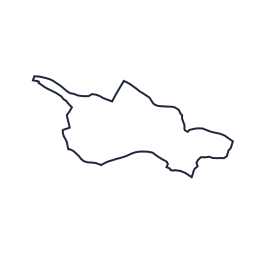 Aflah Al Yaman, Hajjah, Yemen (Equal Earth projection), rotated 286°
{"feature_id": "15242507B79499976279542", "entity_name": "Aflah Al Yaman", "entity_type": "district", "adm_level": 2, "iso_a3": "YEM", "parent_name": "Yemen", "parent_adm1": "Hajjah", "projection": "equal_earth", "projection_center": [43.407, 15.98], "detail": "fine", "context": "isolated", "style": "outline", "palette": "slate", "viewbox_px": 256, "rotation_deg": 286, "n_neighbors": 0, "source": "geoboundaries", "source_scale": "gbopen_adm2", "svg_char_len": 3657}
<svg xmlns="http://www.w3.org/2000/svg" viewBox="0 0 256 256"><g transform="rotate(286 128 128)"><path d="M151.9,23.7L147.6,23.5L148.1,27.9L148.1,29.2L147.9,29.6L147.6,29.7L147.1,29.4L146.7,29.5L145.7,32.8L145.2,34.1L144.4,36.4L143.5,40.1L142.9,43.8L142.1,47.8L142.1,48.1L141.7,49.8L141.2,51.4L140.0,55.2L137.9,58.1L137.1,61.1L135.3,63.4L132.4,68.4L127.5,67.1L123.8,65.7L123.0,65.8L113.4,71.3L112.3,71.9L108.1,65.9L107.3,66.1L105.1,66.8L102.3,68.6L99.8,71.2L97.3,73.3L94.2,74.8L91.4,76.3L91.0,76.6L91.6,78.0L90.8,81.9L89.2,85.2L87.5,88.5L86.8,89.5L85.4,91.3L83.9,94.8L83.9,98.7L84.8,102.8L85.1,104.5L85.4,106.9L85.2,110.9L84.9,112.3L85.4,112.7L85.6,113.0L86.1,113.4L86.5,113.8L86.8,114.2L87.3,114.7L87.6,115.1L88.0,115.5L88.6,116.1L89.1,116.6L89.5,117.1L89.9,117.7L90.3,118.2L90.6,118.6L90.9,118.9L91.1,119.3L91.4,119.8L91.8,120.4L92.3,121.2L92.5,121.6L92.9,122.1L93.1,122.4L93.3,122.7L93.5,123.1L93.8,123.5L94.0,123.9L94.3,124.3L94.8,124.8L95.1,125.3L95.3,125.7L95.8,126.6L96.2,127.3L96.5,127.9L96.9,128.4L97.2,129.0L97.7,129.8L98.1,130.4L98.5,131.0L98.7,131.4L99.0,131.8L99.6,132.6L99.9,133.1L100.1,133.5L100.6,134.0L101.0,134.5L101.4,135.0L101.6,135.3L101.9,135.6L102.5,136.3L102.8,136.7L103.3,137.2L103.8,137.9L104.1,138.1L104.4,138.6L104.6,138.9L105.1,139.4L105.3,139.8L105.9,140.6L106.2,141.1L106.4,141.4L106.6,141.7L106.8,142.0L107.0,142.4L107.2,142.9L107.5,143.4L107.7,144.0L107.9,144.3L108.2,144.9L108.4,145.3L108.5,145.7L108.7,146.2L108.8,146.6L109.0,147.2L109.3,148.2L109.6,149.2L109.8,150.1L110.0,150.7L110.3,152.1L110.4,152.7L110.6,153.1L110.7,154.1L110.8,154.8L110.9,155.6L110.9,156.3L111.0,157.0L111.0,157.3L111.0,157.9L111.0,158.6L110.9,159.0L110.8,159.3L110.6,159.8L110.1,160.9L109.8,161.7L109.5,162.5L109.3,163.3L109.0,163.9L108.8,164.6L108.6,165.3L108.3,166.0L108.3,166.7L108.0,167.2L107.9,167.6L107.7,168.4L107.6,168.8L107.4,169.5L107.2,170.3L107.1,170.9L107.0,171.4L107.0,171.8L106.8,172.5L106.6,173.1L106.5,173.5L106.3,174.1L106.2,174.6L105.9,174.9L105.5,175.1L105.2,175.3L104.4,176.3L101.0,175.8L100.6,179.2L100.3,179.3L100.0,179.8L99.8,180.2L99.2,180.6L99.5,182.3L99.5,182.9L99.5,183.4L99.6,183.6L100.5,184.8L100.5,186.4L100.7,186.9L100.9,187.7L100.9,188.2L101.0,188.8L101.0,189.6L101.2,189.9L101.2,190.4L101.2,191.1L100.8,192.4L100.9,193.8L100.7,194.4L100.6,195.1L100.4,195.6L100.4,196.1L100.3,196.5L100.1,196.9L100.0,197.3L99.8,197.9L99.7,198.4L99.5,198.9L99.3,199.3L99.2,199.8L98.9,200.6L98.9,201.1L98.7,201.6L98.6,202.1L98.5,202.5L97.4,202.8L100.6,202.9L101.1,202.9L104.1,202.9L107.1,203.3L110.4,205.5L113.3,203.4L115.9,204.0L116.3,204.0L120.0,206.1L121.1,210.3L122.5,213.4L122.8,213.9L122.5,217.3L123.4,221.4L124.7,225.5L125.5,228.6L127.8,230.5L128.1,230.8L131.2,230.8L134.2,230.8L137.0,232.3L140.2,232.4L143.2,232.5L144.1,232.5L145.7,227.7L147.2,223.6L147.3,223.1L147.7,220.2L147.8,216.4L147.4,211.7L147.3,208.7L147.5,205.7L148.1,199.5L147.9,199.1L147.0,195.4L145.6,192.1L143.1,187.6L140.8,186.5L141.6,183.2L142.6,182.5L143.5,182.3L146.1,181.6L152.1,177.3L153.9,176.8L155.2,176.5L155.9,174.9L159.4,171.8L160.7,167.5L160.6,164.6L160.2,163.0L159.3,159.4L159.2,159.0L157.6,151.5L157.6,148.1L158.5,145.6L160.1,143.7L160.7,143.0L163.1,140.3L164.3,136.6L165.5,132.7L165.8,131.6L166.4,129.1L168.0,125.6L169.2,122.1L170.3,119.3L170.6,118.5L171.5,114.7L172.1,111.0L167.1,109.7L157.1,107.1L149.1,105.4L149.3,104.0L149.6,99.9L149.9,96.1L150.9,92.2L151.2,88.0L150.7,84.2L147.8,81.3L146.8,78.3L145.9,74.5L145.5,70.7L145.9,66.6L145.5,62.8L146.6,59.0L146.7,58.7L148.4,55.0L148.9,53.9L149.9,51.7L151.1,47.9L152.3,44.3L153.2,40.5L153.4,36.6L153.2,32.6L153.2,31.4L153.0,28.8L151.9,23.7Z" fill="none" stroke="#1e293b" stroke-width="2"/></g></svg>